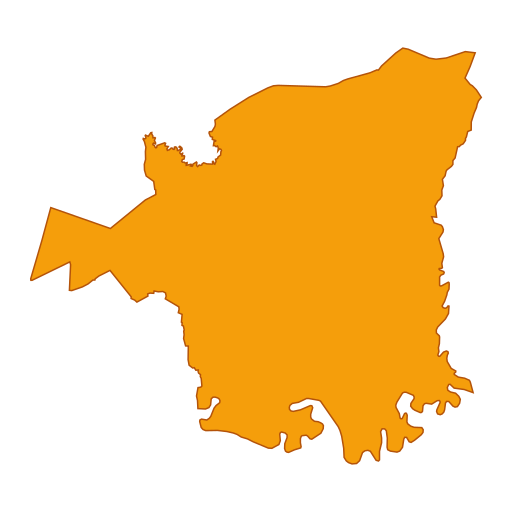 the district of Kamalasai, Kalasin, Thailand
{"feature_id": "78962969B55465518750669", "entity_name": "Kamalasai", "entity_type": "district", "adm_level": 2, "iso_a3": "THA", "parent_name": "Thailand", "parent_adm1": "Kalasin", "projection": "natural_earth1", "projection_center": [103.585, 16.288], "detail": "fine", "context": "isolated", "style": "filled", "palette": "amber", "viewbox_px": 512, "rotation_deg": 0, "n_neighbors": 0, "source": "geoboundaries", "source_scale": "gbopen_adm2", "svg_char_len": 6090}
<svg xmlns="http://www.w3.org/2000/svg" viewBox="0 0 512 512"><path d="M473.1,392.6L470.3,382.1L469.4,380.3L464.7,378.2L458.3,377.1L454.3,374.5L454.2,373.3L455.7,372.1L455.8,371.0L451.2,368.4L447.2,361.5L446.8,358.4L447.3,355.3L448.3,353.1L447.9,351.6L446.3,351.0L443.5,352.1L439.8,356.3L438.6,356.2L437.8,355.1L438.9,351.6L438.4,347.8L439.4,343.6L439.6,337.0L439.3,335.8L436.4,333.0L436.3,329.9L437.7,327.0L445.4,319.0L448.5,313.5L449.0,306.1L448.1,305.9L446.7,307.7L445.1,308.3L443.1,307.6L442.1,306.0L444.6,301.3L446.8,295.0L447.3,292.3L449.0,289.1L449.2,284.0L449.0,282.6L448.3,282.2L441.5,285.9L440.3,286.0L439.6,285.3L439.6,276.9L441.0,275.1L443.6,274.0L444.2,272.6L443.7,271.5L439.7,270.0L439.0,269.1L439.2,268.5L441.7,268.3L442.4,267.7L441.8,263.3L443.6,256.8L443.2,253.7L438.8,238.6L443.0,232.0L443.4,229.6L442.4,226.7L441.2,225.2L434.1,222.8L431.7,216.7L436.6,217.2L435.7,208.9L435.0,206.1L437.9,200.9L439.8,199.4L442.0,195.8L441.8,190.0L443.4,185.7L442.4,179.3L445.1,175.8L446.1,171.2L447.0,169.8L451.4,166.4L452.9,164.4L452.9,160.6L455.1,158.0L457.6,146.7L459.3,146.6L460.5,145.2L463.2,143.8L465.5,140.4L465.5,138.4L466.4,136.9L467.7,131.5L471.2,130.1L471.3,121.9L474.1,113.1L476.5,107.5L477.2,104.1L478.6,100.7L481.3,97.4L476.4,89.9L472.4,85.8L470.1,84.4L465.0,78.1L470.1,66.6L475.2,52.8L465.3,51.6L446.2,58.0L436.0,59.2L429.2,58.1L408.2,49.2L402.8,48.1L395.8,53.0L381.6,65.9L378.4,70.1L376.9,69.9L369.7,72.9L347.9,78.9L343.4,80.5L338.3,83.4L330.3,86.0L325.6,86.8L278.2,85.4L273.4,85.8L267.8,87.9L248.8,97.4L230.1,109.2L214.9,120.1L215.4,124.1L215.0,126.4L211.9,131.5L209.4,131.7L209.0,133.0L210.4,136.5L212.5,137.2L212.3,139.4L215.7,140.6L215.6,141.2L214.1,141.3L213.4,145.7L214.7,145.6L216.1,146.7L217.5,146.0L218.3,148.0L217.9,151.0L219.6,148.8L221.0,149.4L221.5,150.6L220.9,151.7L220.6,155.1L218.1,156.9L217.6,158.5L215.5,159.3L216.1,161.4L214.8,164.3L214.0,163.9L213.7,162.0L213.0,161.3L212.4,161.9L212.8,163.4L212.4,164.1L206.9,163.9L203.7,162.8L202.0,164.0L201.8,165.0L200.8,165.4L199.2,165.0L197.6,166.6L196.6,165.6L196.9,162.6L196.4,162.0L192.9,164.2L192.8,165.6L192.1,166.4L190.5,166.0L191.5,164.9L191.0,164.2L186.2,165.4L186.1,164.8L187.1,163.5L187.1,162.6L185.3,163.1L184.3,162.2L182.5,162.2L181.8,161.5L182.3,159.6L184.1,159.0L184.6,156.2L184.1,155.7L181.9,156.0L181.8,155.2L182.7,153.8L182.6,153.2L181.0,154.2L179.8,153.0L179.8,152.3L182.2,149.3L181.8,147.9L180.2,146.4L179.5,146.3L179.0,147.0L180.6,148.3L180.7,149.3L178.1,150.6L177.4,150.5L177.4,149.2L176.5,147.3L175.1,146.8L174.4,147.2L174.6,148.7L174.1,149.4L173.1,149.3L172.7,148.3L171.2,148.0L169.4,149.7L167.4,150.4L166.9,148.8L168.3,146.5L165.2,146.0L164.9,145.1L165.6,143.3L164.7,142.8L157.1,145.5L156.6,147.5L155.8,147.8L155.2,147.4L154.4,145.5L153.2,145.0L152.8,144.2L153.5,143.1L155.5,143.9L155.6,142.9L154.4,140.5L155.4,138.0L154.9,137.5L153.0,137.8L152.8,135.7L151.7,134.0L151.8,132.5L150.8,132.7L148.3,136.3L145.5,135.1L145.2,135.6L145.9,137.5L145.7,138.5L144.6,138.9L143.3,138.4L143.1,139.1L144.4,141.5L145.9,147.3L145.4,151.6L145.6,159.4L144.3,164.3L144.5,170.1L146.2,176.0L153.7,181.4L154.8,189.5L155.7,189.9L155.8,194.5L145.3,200.0L110.4,228.5L50.8,207.6L41.8,240.8L30.7,278.8L30.9,280.3L32.1,280.3L69.8,261.9L70.6,264.7L69.4,290.3L71.7,290.6L82.4,286.9L88.1,283.9L92.8,280.1L94.9,280.0L95.2,278.8L98.9,276.0L110.0,270.4L131.2,296.8L131.1,298.5L134.7,300.1L136.9,302.1L147.9,296.1L147.7,293.9L149.9,293.1L153.7,293.3L154.1,291.0L158.2,291.8L162.9,291.5L165.5,292.9L166.2,296.1L165.3,298.8L178.8,306.8L179.1,309.2L178.3,312.7L182.1,314.4L181.4,322.2L182.1,322.6L182.0,325.4L183.4,326.0L184.2,330.0L183.7,331.1L184.1,334.7L183.6,338.5L185.6,345.9L188.3,346.1L188.1,359.7L189.1,365.2L192.7,368.0L194.3,367.7L195.8,370.2L198.3,370.0L198.1,371.6L198.6,373.1L200.5,374.6L200.3,376.6L201.2,378.4L201.9,386.0L200.7,387.2L198.0,387.6L196.5,396.0L197.5,400.5L197.9,408.6L205.5,409.0L208.9,407.6L210.6,404.9L211.2,398.9L212.9,397.2L215.1,397.1L217.7,397.9L219.3,399.1L220.0,400.8L219.7,402.7L216.1,405.5L214.1,408.1L210.8,416.3L209.3,418.3L206.8,420.0L201.5,419.1L199.9,420.0L199.7,421.6L201.2,427.5L203.0,429.5L205.7,430.6L217.4,430.4L226.8,431.5L233.3,433.0L237.1,434.4L241.2,437.0L247.5,438.9L253.2,441.8L268.3,448.1L271.9,448.3L278.9,444.5L280.3,440.7L279.7,434.0L280.4,432.6L281.5,432.0L285.2,433.0L287.1,434.9L287.1,437.5L284.8,443.7L284.6,448.5L285.5,451.1L286.9,452.1L288.6,452.4L294.5,449.8L300.7,447.9L301.1,446.6L300.4,442.8L300.4,438.6L301.2,436.4L302.0,435.7L306.2,435.2L307.6,436.0L310.0,438.8L311.8,439.2L320.9,433.2L323.2,428.7L323.4,425.6L322.5,424.0L320.7,422.8L318.1,421.7L314.5,421.3L311.5,419.0L310.7,417.1L310.7,414.2L312.7,407.7L311.8,405.7L310.3,405.6L300.5,409.8L293.3,411.4L291.1,411.0L289.5,409.4L289.3,407.4L289.9,405.4L292.3,403.4L298.5,402.3L306.5,398.5L308.7,398.5L318.8,400.3L320.5,401.1L338.2,426.6L340.0,430.5L341.7,436.2L343.7,448.3L344.1,457.4L346.3,460.9L348.5,462.6L352.0,463.9L356.6,463.5L359.6,460.7L362.5,452.6L364.9,450.8L367.9,450.3L370.4,451.3L376.1,460.3L378.5,461.0L379.5,459.9L379.5,451.3L381.6,442.7L381.6,438.0L380.6,431.7L382.1,428.8L384.7,428.9L386.3,430.7L387.3,438.1L387.1,447.2L387.7,449.7L390.4,451.1L397.0,452.1L399.7,451.1L402.5,447.3L403.8,439.0L404.7,437.3L406.6,437.4L409.2,441.8L411.1,442.4L414.6,440.2L421.3,434.7L423.0,432.4L423.2,429.7L421.8,427.6L414.1,427.3L410.7,426.1L407.8,423.9L406.9,421.9L407.2,415.2L406.4,413.3L405.3,413.1L404.5,413.7L402.2,418.5L401.0,418.8L400.1,418.1L399.3,413.6L396.0,407.4L395.8,405.1L396.9,402.1L402.5,393.0L404.3,392.2L406.3,392.3L413.3,395.3L414.1,396.8L414.1,398.6L410.9,403.4L410.7,406.2L412.6,408.7L414.8,410.2L420.3,412.6L421.6,412.4L422.5,411.3L423.0,405.8L424.5,403.7L426.3,403.3L431.7,404.1L437.1,400.7L439.3,400.5L440.0,401.3L440.1,402.5L436.8,410.0L436.6,411.5L437.6,413.9L440.2,414.7L442.2,413.9L443.8,412.1L444.6,409.8L445.5,403.0L446.6,401.4L448.8,401.5L452.9,406.1L455.0,407.1L457.4,406.6L459.6,403.3L460.3,399.3L458.8,396.3L455.6,393.2L450.5,392.0L447.8,390.2L447.3,387.5L448.7,384.5L450.1,384.3L454.1,388.1L464.2,389.5L473.1,392.6Z" fill="#f59e0b" stroke="#b45309" stroke-width="1.5"/></svg>